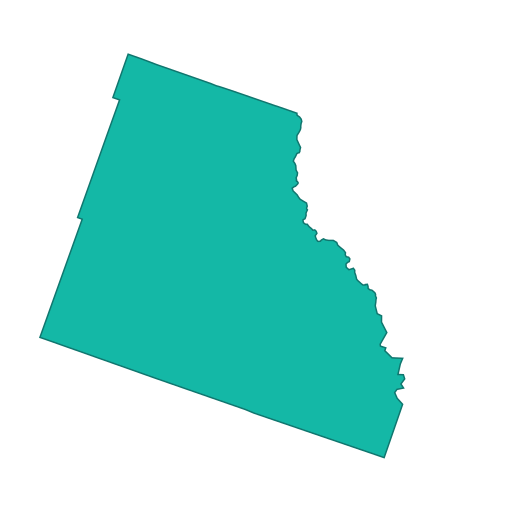 the district of Big Horn, Wyoming, United States of America, rotated 19°
{"feature_id": "52423323B54143119703480", "entity_name": "Big Horn", "entity_type": "district", "adm_level": 2, "iso_a3": "USA", "parent_name": "United States of America", "parent_adm1": "Wyoming", "projection": "orthographic", "projection_center": [-107.715, 44.584], "detail": "fine", "context": "isolated", "style": "filled", "palette": "teal", "viewbox_px": 512, "rotation_deg": 19, "n_neighbors": 0, "source": "geoboundaries", "source_scale": "gbopen_adm2", "svg_char_len": 2137}
<svg xmlns="http://www.w3.org/2000/svg" viewBox="0 0 512 512"><g transform="rotate(19 256 256)"><path d="M442.8,404.9L442.9,348.5L435.8,344.6L431.6,340.0L432.7,336.2L438.5,332.8L434.7,329.8L436.6,323.8L434.0,320.3L428.8,321.8L427.6,311.1L428.0,305.0L417.8,308.0L408.6,303.6L408.6,300.6L403.0,300.7L402.1,299.0L404.6,285.8L396.2,277.7L394.2,271.7L389.4,271.1L385.3,264.8L384.9,264.0L384.3,260.7L383.6,258.0L383.5,256.5L382.0,254.9L381.5,253.3L380.4,252.1L378.6,251.3L376.7,250.6L374.8,250.9L372.6,250.2L371.8,248.2L370.5,246.5L369.0,247.2L369.2,247.4L368.5,247.9L367.4,248.3L366.6,248.6L364.4,247.9L362.6,247.1L360.2,246.1L358.7,245.2L356.6,241.8L354.7,239.5L354.0,237.3L352.0,235.9L351.1,236.7L348.3,238.7L345.0,237.3L343.7,234.4L344.6,232.3L346.0,230.9L345.7,228.2L344.0,227.0L341.5,227.3L340.0,225.8L339.5,223.7L336.9,221.9L333.0,220.5L329.8,219.2L327.9,216.9L324.0,216.1L321.6,216.9L319.6,217.6L316.5,218.1L314.2,217.8L312.6,219.6L312.0,221.1L310.4,221.8L309.6,222.0L308.2,221.1L306.7,219.5L305.4,217.6L306.2,214.7L304.8,213.0L303.1,212.2L301.3,213.1L299.7,212.1L296.7,211.0L294.1,209.3L292.6,209.9L290.0,209.1L288.9,207.2L288.7,206.4L290.2,204.8L290.2,201.5L289.3,199.1L289.4,197.5L289.6,195.6L288.6,195.1L288.2,194.0L288.2,192.2L286.5,189.5L283.4,188.9L279.3,188.0L277.0,186.5L275.0,184.8L269.9,182.4L268.1,180.1L269.5,178.1L270.6,177.2L271.9,174.4L272.1,173.2L270.7,171.9L270.0,172.1L269.4,171.2L269.4,170.4L268.5,169.1L268.7,166.4L268.2,163.8L267.6,163.3L265.9,161.7L264.2,157.6L262.7,155.9L260.4,154.2L260.4,151.5L260.9,149.5L261.3,145.8L262.7,144.5L263.2,144.3L263.4,142.9L263.0,141.4L262.8,138.9L260.9,137.0L258.6,134.6L256.7,132.6L255.5,128.7L256.3,125.3L256.6,123.6L256.8,122.0L256.6,120.2L256.0,118.6L255.5,116.0L255.5,113.9L254.2,111.9L252.0,110.4L249.1,109.6L248.2,107.9L248.2,107.7L226.5,107.6L225.7,107.7L188.3,107.6L170.9,107.7L165.9,107.8L163.1,108.0L157.6,107.7L99.8,107.4L83.3,106.9L80.2,106.9L69.4,106.8L69.1,152.8L76.2,152.8L75.7,193.3L75.1,252.2L74.8,277.7L79.7,277.8L79.3,310.5L78.2,403.3L84.2,403.3L201.6,404.3L295.9,404.6L305.4,405.2L442.8,404.9Z" fill="#14b8a6" stroke="#0f766e" stroke-width="1.5"/></g></svg>